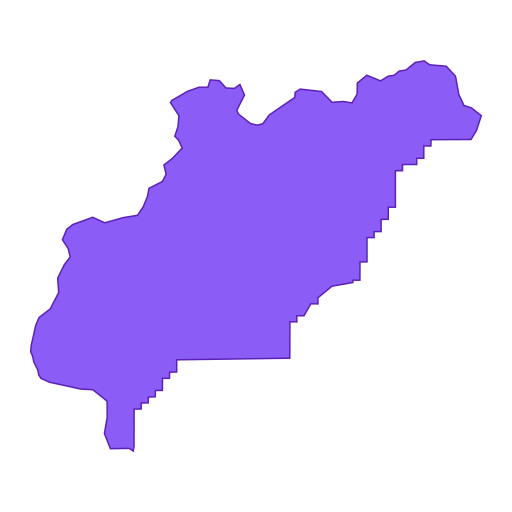 Douglas, Washington, United States of America
{"feature_id": "52423323B13167206159035", "entity_name": "Douglas", "entity_type": "district", "adm_level": 2, "iso_a3": "USA", "parent_name": "United States of America", "parent_adm1": "Washington", "projection": "natural_earth1", "projection_center": [-119.676, 47.685], "detail": "fine", "context": "isolated", "style": "filled", "palette": "violet", "viewbox_px": 512, "rotation_deg": 0, "n_neighbors": 0, "source": "geoboundaries", "source_scale": "gbopen_adm2", "svg_char_len": 1667}
<svg xmlns="http://www.w3.org/2000/svg" viewBox="0 0 512 512"><path d="M133.2,451.1L134.0,446.7L134.1,409.1L141.2,409.0L141.2,403.0L148.2,402.9L148.4,397.0L155.3,396.8L155.4,390.5L162.4,390.4L162.5,378.3L169.5,378.3L169.6,372.2L176.7,372.0L176.7,359.8L289.8,358.2L289.9,321.8L296.9,321.9L296.7,315.8L303.9,315.8L310.9,303.8L318.0,303.9L317.9,297.8L332.0,286.2L352.9,282.5L353.0,280.2L359.9,280.2L360.0,262.0L367.0,261.9L367.0,237.6L374.1,237.6L374.1,231.6L381.1,231.6L381.1,219.4L388.2,219.3L388.3,207.2L395.4,207.2L395.4,170.7L402.5,170.7L402.5,164.5L416.7,164.5L416.7,158.3L423.8,158.3L423.8,145.9L430.9,146.0L431.0,139.7L471.0,139.5L476.5,130.4L481.3,115.7L471.6,108.0L464.0,105.5L458.8,94.4L455.5,76.2L446.2,66.2L429.7,64.8L424.2,60.9L415.3,62.4L406.0,70.0L399.1,71.1L394.2,75.3L388.2,76.2L380.5,80.9L366.8,75.2L357.3,83.1L357.1,94.2L352.0,102.9L343.2,101.5L332.1,102.3L321.5,91.5L300.2,89.1L295.2,92.3L294.8,97.4L269.3,114.9L262.9,123.6L257.4,125.2L250.4,123.5L238.5,114.1L236.8,110.2L244.5,95.1L239.9,84.5L234.5,88.4L226.0,88.0L219.3,80.6L210.2,79.9L207.9,87.2L199.1,87.2L187.6,91.3L171.7,100.5L170.5,102.6L178.9,115.7L178.0,126.5L174.8,136.3L178.6,140.2L182.2,148.0L172.4,158.4L163.9,165.0L166.1,174.2L162.5,181.4L149.0,188.3L147.5,196.5L143.1,207.0L137.5,215.3L123.3,217.6L104.8,222.8L92.7,217.3L72.8,224.5L66.8,229.2L62.4,239.7L68.2,248.6L70.2,256.9L64.3,264.7L57.7,278.1L58.7,292.5L50.2,308.9L39.1,317.5L35.8,325.1L31.2,345.6L30.7,351.6L32.7,356.5L33.8,361.9L37.8,370.0L38.8,375.2L41.0,378.4L49.7,382.3L80.9,389.1L92.8,389.7L107.1,401.2L107.2,417.4L104.4,433.5L110.4,448.7L129.2,448.4L133.2,451.1Z" fill="#8b5cf6" stroke="#5b21b6" stroke-width="1.5"/></svg>